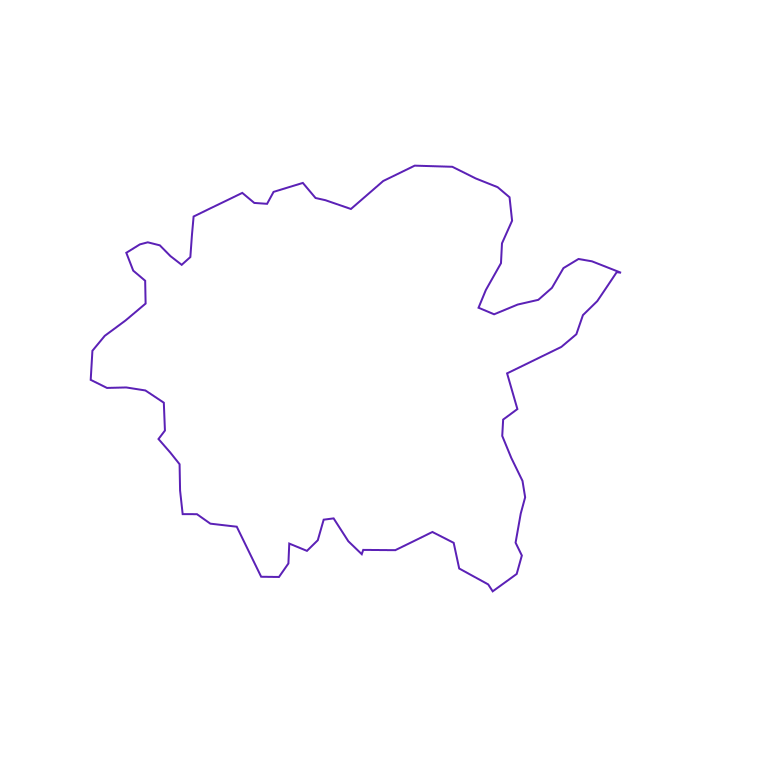 Imsil-gun, North Jeolla, South Korea, rotated 64°
{"feature_id": "91817680B86480113122364", "entity_name": "Imsil-gun", "entity_type": "district", "adm_level": 2, "iso_a3": "KOR", "parent_name": "South Korea", "parent_adm1": "North Jeolla", "projection": "albers", "projection_center": [127.248, 35.609], "detail": "fine", "context": "isolated", "style": "outline", "palette": "violet", "viewbox_px": 768, "rotation_deg": 64, "n_neighbors": 0, "source": "geoboundaries", "source_scale": "gbopen_adm2", "svg_char_len": 1329}
<svg xmlns="http://www.w3.org/2000/svg" viewBox="0 0 768 768"><g transform="rotate(64 384 384)"><path d="M618.0,377.2L612.9,348.0L598.6,335.3L584.3,335.3L560.4,317.9L547.7,306.8L531.8,302.0L506.3,302.0L482.5,300.5L468.2,292.5L465.0,275.1L428.4,268.7L428.4,230.6L428.4,208.4L423.6,189.3L409.3,175.0L403.0,156.0L396.6,144.9L385.5,125.8L387.9,122.2L364.9,143.3L356.9,154.4L358.5,171.9L371.2,190.9L376.0,208.4L371.2,229.0L369.6,254.5L356.9,265.6L344.2,251.3L326.7,225.9L309.3,216.3L293.4,197.3L271.2,189.3L256.9,195.6L239.4,211.5L218.7,227.4L201.2,260.7L201.2,295.7L212.2,337.0L193.1,356.1L186.8,364.0L167.7,368.8L162.9,399.0L170.8,410.1L164.4,421.2L150.1,427.6L150.1,441.9L150.0,462.6L150.0,481.7L165.9,491.3L185.0,502.4L188.2,513.6L175.4,519.9L161.1,524.7L153.1,534.2L151.5,542.2L153.1,558.1L172.2,559.7L186.5,553.4L207.2,563.0L213.6,588.5L218.3,613.9L226.3,631.5L251.7,645.8L266.1,634.7L274.1,617.2L285.2,601.3L304.3,590.1L329.8,601.3L334.6,610.8L352.1,606.1L366.5,602.9L390.4,614.0L412.7,622.0L419.0,609.2L433.4,601.3L445.3,582.7L447.7,578.9L471.6,578.9L503.4,578.9L511.4,563.0L503.4,548.6L485.9,539.1L500.2,526.4L495.4,512.0L479.5,497.7L482.7,488.2L509.7,485.0L527.2,478.6L524.0,475.4L538.3,446.7L538.3,427.6L538.2,405.4L557.3,391.0L582.8,397.3L609.8,378.2L618.0,377.2Z" fill="none" stroke="#5b21b6" stroke-width="2"/></g></svg>